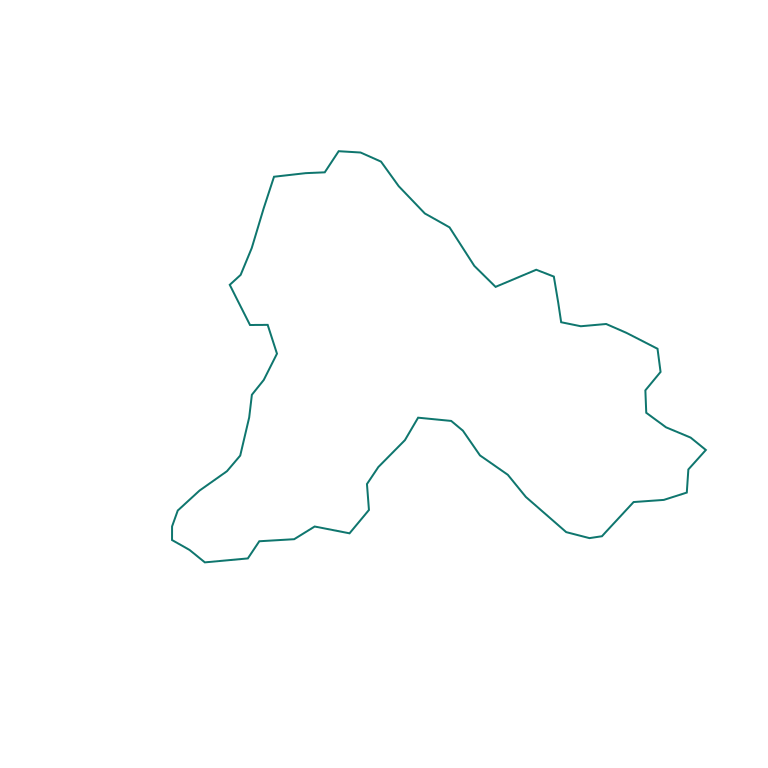 Lessebo, Kronoberg, Sweden, rotated 63°
{"feature_id": "70781695B14820024771032", "entity_name": "Lessebo", "entity_type": "district", "adm_level": 2, "iso_a3": "SWE", "parent_name": "Sweden", "parent_adm1": "Kronoberg", "projection": "albers", "projection_center": [15.351, 56.783], "detail": "fine", "context": "isolated", "style": "outline", "palette": "teal", "viewbox_px": 768, "rotation_deg": 63, "n_neighbors": 0, "source": "geoboundaries", "source_scale": "gbopen_adm2", "svg_char_len": 993}
<svg xmlns="http://www.w3.org/2000/svg" viewBox="0 0 768 768"><g transform="rotate(63 384 384)"><path d="M616.7,253.9L602.5,215.2L614.3,187.3L618.2,163.5L598.3,151.6L588.9,127.2L571.0,135.1L550.6,152.4L528.7,163.4L508.3,154.0L498.8,132.1L476.8,124.3L448.6,144.7L431.4,158.8L421.9,182.4L409.4,198.1L390.5,191.8L365.4,183.9L351.3,196.5L348.1,240.5L319.8,249.9L274.2,254.5L271.0,256.6L250.6,270.2L214.4,281.1L184.5,285.7L167.1,299.8L156.0,318.7L168.5,340.7L160.6,358.0L149.4,387.9L173.0,411.6L202.8,440.1L221.7,462.2L225.6,476.4L239.0,476.5L270.6,476.6L278.5,460.8L308.4,465.6L325.8,489.3L333.6,506.6L352.6,519.3L382.5,544.6L390.4,563.5L395.2,596.7L403.1,625.2L414.7,637.5L426.8,643.7L443.6,632.6L461.6,624.6L477.6,584.5L467.5,566.5L481.5,534.5L479.5,510.5L501.4,482.5L489.4,454.6L465.4,444.6L455.4,426.7L443.5,390.8L429.5,368.9L447.4,340.9L461.4,334.9L491.2,330.9L521.1,314.9L549.0,308.9L598.7,288.9L614.6,270.9L618.6,258.9L616.7,253.9Z" fill="none" stroke="#0f766e" stroke-width="2"/></g></svg>